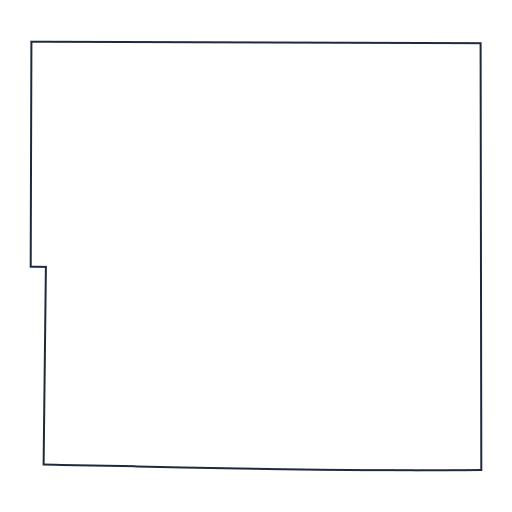 the district of Taylor, Iowa, United States of America
{"feature_id": "52423323B56193221879017", "entity_name": "Taylor", "entity_type": "district", "adm_level": 2, "iso_a3": "USA", "parent_name": "United States of America", "parent_adm1": "Iowa", "projection": "orthographic", "projection_center": [-94.694, 40.736], "detail": "fine", "context": "isolated", "style": "outline", "palette": "slate", "viewbox_px": 512, "rotation_deg": 0, "n_neighbors": 0, "source": "geoboundaries", "source_scale": "gbopen_adm2", "svg_char_len": 407}
<svg xmlns="http://www.w3.org/2000/svg" viewBox="0 0 512 512"><path d="M481.3,470.0L480.6,43.2L31.4,41.7L30.7,266.7L45.9,266.9L43.6,464.5L56.9,464.8L61.5,465.0L133.5,466.2L137.3,466.5L145.9,466.7L182.6,467.5L239.2,468.5L240.9,468.5L272.8,469.1L322.6,469.8L360.2,470.1L411.3,470.2L411.6,470.2L415.1,470.3L416.3,470.3L419.5,470.3L463.5,470.2L481.3,470.0Z" fill="none" stroke="#1e293b" stroke-width="2"/></svg>